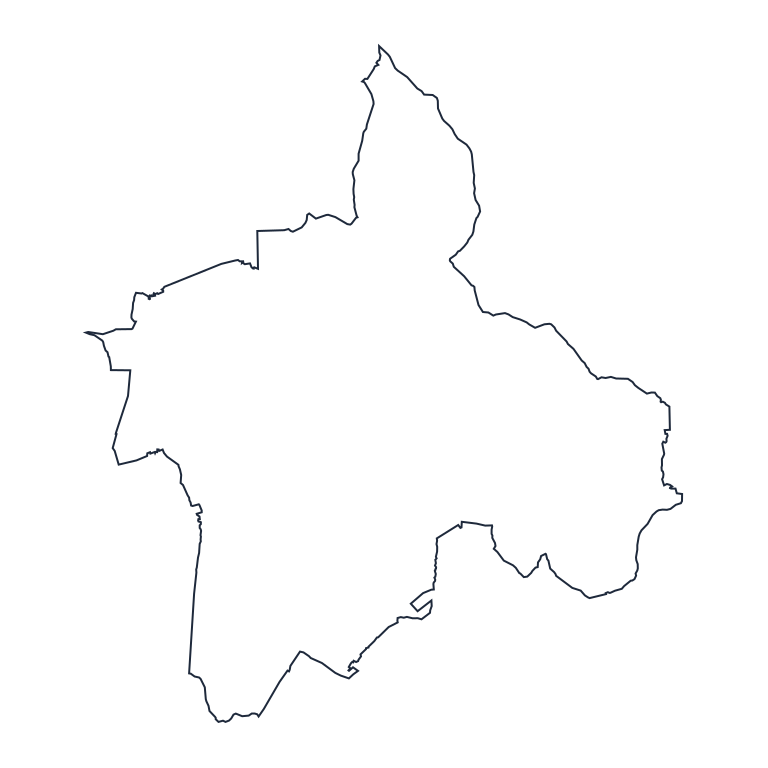 the district of Stanita, Neamt, Romania
{"feature_id": "2599482B66033440846338", "entity_name": "Stanita", "entity_type": "district", "adm_level": 2, "iso_a3": "ROU", "parent_name": "Romania", "parent_adm1": "Neamt", "projection": "orthographic", "projection_center": [27.139, 47.016], "detail": "fine", "context": "isolated", "style": "outline", "palette": "slate", "viewbox_px": 768, "rotation_deg": 0, "n_neighbors": 0, "source": "geoboundaries", "source_scale": "gbopen_adm2", "svg_char_len": 6098}
<svg xmlns="http://www.w3.org/2000/svg" viewBox="0 0 768 768"><path d="M189.1,673.4L190.8,673.7L194.6,676.5L199.1,677.5L200.6,678.9L204.8,687.3L205.8,699.2L206.4,701.3L208.5,705.8L209.5,711.0L215.1,716.9L215.7,717.8L215.7,719.2L218.5,721.9L223.0,720.7L225.5,721.9L229.0,720.6L231.2,718.5L233.5,714.6L235.8,713.6L242.2,716.2L248.7,715.6L251.8,713.5L254.6,713.5L257.2,714.3L258.6,716.5L263.8,709.0L279.6,681.8L287.5,670.6L289.0,671.4L289.7,669.8L290.4,665.9L300.0,651.6L303.5,652.4L309.0,656.2L310.7,658.0L321.9,663.0L335.3,672.9L340.8,675.6L348.9,678.4L353.3,674.3L358.0,670.9L353.0,667.3L349.0,670.8L348.5,670.4L350.4,668.3L348.8,667.0L351.0,663.2L352.3,661.9L353.2,662.3L353.7,660.8L356.1,662.0L358.1,661.1L358.6,659.6L361.0,656.4L360.5,654.4L366.0,649.1L366.0,648.2L368.5,647.5L368.5,646.7L374.3,641.1L376.9,637.5L378.2,637.3L388.7,627.0L397.7,622.4L397.4,620.8L397.6,618.0L400.8,617.1L403.8,617.7L406.9,616.9L412.7,618.3L417.8,618.2L421.5,619.3L430.0,612.8L430.2,610.3L431.7,606.1L431.4,600.5L417.6,611.2L410.8,603.7L423.1,593.1L431.3,589.7L433.8,589.5L433.4,584.0L433.7,582.6L435.1,580.9L435.2,579.5L434.4,577.6L435.3,576.7L435.8,574.0L434.8,570.8L435.4,570.0L435.3,569.3L436.0,568.6L436.1,567.2L435.0,565.6L435.9,563.2L435.3,559.8L436.6,558.4L435.9,556.8L437.1,551.6L437.2,546.8L436.5,544.1L437.1,540.7L436.8,538.4L458.2,525.0L460.4,527.9L461.5,527.4L461.8,521.8L476.5,523.6L485.2,525.6L492.0,525.4L492.2,526.6L491.6,529.6L491.6,533.9L492.4,535.5L492.3,537.9L495.0,543.0L495.5,546.0L493.8,548.8L497.4,552.0L503.8,560.6L513.0,565.3L515.8,567.8L519.3,573.1L520.3,573.5L523.8,577.1L527.3,576.6L531.2,572.9L532.4,570.9L535.5,567.6L537.7,567.1L538.0,562.4L540.2,559.3L541.1,556.0L545.5,553.8L546.0,554.2L547.2,559.2L548.4,560.6L550.2,568.6L554.2,572.2L555.6,574.2L556.1,575.8L572.3,587.9L580.7,590.6L584.9,595.4L588.0,597.4L589.6,598.1L606.0,594.1L605.7,593.1L607.9,592.2L609.4,592.9L610.4,592.8L615.0,590.7L621.8,588.8L624.1,586.1L630.7,580.7L632.4,580.5L634.5,579.1L636.1,575.6L635.6,573.5L637.3,570.5L637.8,568.4L637.7,564.1L636.3,560.2L636.0,557.3L637.3,549.7L637.3,545.1L638.7,536.7L639.7,533.5L641.5,530.3L647.6,523.9L652.6,515.1L656.5,511.5L658.7,510.2L662.6,509.6L667.0,509.8L670.5,508.9L675.8,504.8L680.9,503.2L682.0,501.1L682.1,494.0L676.8,493.3L675.5,488.6L671.2,488.6L670.0,488.1L670.1,487.6L672.1,486.4L670.0,484.9L666.9,484.0L664.1,485.4L662.1,479.2L663.1,477.3L663.5,474.2L662.9,471.5L661.8,470.6L661.5,467.5L662.0,465.3L661.9,459.1L664.0,454.7L664.2,453.6L662.3,443.7L663.3,441.7L665.3,442.7L666.2,442.1L666.6,441.1L666.4,438.8L667.6,435.8L667.1,433.9L665.4,433.9L664.7,430.1L669.9,429.8L669.4,406.6L665.9,404.4L664.9,402.8L662.8,401.7L661.1,402.2L660.6,401.7L660.9,399.8L660.3,398.2L657.3,396.1L654.9,392.6L651.4,392.5L646.9,393.6L638.3,387.9L634.9,385.2L632.6,382.0L627.9,378.8L616.1,378.5L610.9,376.9L605.6,378.0L601.5,377.3L598.1,379.1L597.3,379.0L595.8,376.5L591.0,373.3L589.6,371.7L588.5,368.7L586.6,366.9L584.7,363.1L581.7,360.5L573.5,348.9L567.9,344.0L566.6,341.5L556.1,330.7L554.5,327.5L551.2,324.3L549.4,323.8L544.4,324.3L535.1,327.8L529.2,324.4L526.7,322.4L520.2,319.5L512.7,317.1L508.5,314.4L505.0,313.1L495.9,314.5L493.3,315.6L488.4,312.5L482.9,312.0L478.5,305.0L474.7,290.4L474.4,287.0L473.1,285.8L471.5,285.3L464.1,276.2L453.8,266.8L452.8,263.6L450.2,261.3L449.8,260.2L450.1,258.7L455.8,254.7L458.1,251.4L459.9,250.8L464.2,246.4L467.3,242.5L468.5,239.7L472.3,234.8L473.4,231.5L474.3,224.5L476.4,218.1L477.6,216.9L480.1,211.5L479.1,205.7L475.6,200.0L474.1,193.2L474.9,188.5L473.7,182.9L474.2,175.1L473.5,172.0L471.8,154.3L471.1,151.6L469.4,148.4L466.5,144.6L457.8,138.7L454.7,134.1L452.4,129.3L449.4,125.7L444.1,121.0L442.3,118.6L438.0,108.5L437.8,100.8L436.9,98.0L432.7,95.0L424.1,94.6L421.6,91.1L417.3,88.5L407.2,77.1L397.7,70.6L395.1,68.1L389.8,56.8L388.0,54.5L379.1,46.1L379.3,52.6L380.5,55.4L379.5,60.0L377.7,60.9L376.4,62.8L378.3,64.9L374.8,66.4L373.7,69.1L367.4,78.9L365.0,78.8L362.2,81.5L364.1,82.1L365.0,83.2L371.4,94.1L373.4,101.2L373.6,104.0L366.9,124.5L366.3,128.7L363.8,131.8L363.3,133.2L362.2,140.8L358.6,153.7L358.6,160.7L353.8,168.7L352.7,172.0L352.8,174.1L354.4,180.3L353.4,189.1L353.6,193.9L354.2,197.1L353.8,199.6L354.6,204.9L354.4,207.2L356.6,215.6L357.5,217.3L356.1,217.7L351.5,223.7L350.2,224.6L347.3,224.1L335.4,217.1L328.2,214.8L326.3,215.0L315.9,218.6L309.2,213.5L307.2,214.9L306.7,220.0L305.4,222.9L301.7,227.4L292.9,231.7L290.8,231.0L288.5,229.0L284.2,230.2L257.3,231.0L258.0,268.8L254.2,267.3L253.8,267.6L253.7,268.6L253.0,268.5L251.5,267.2L250.0,263.4L244.8,264.2L243.4,263.3L243.2,261.9L242.0,262.9L242.2,261.3L239.7,261.3L238.0,260.0L235.2,260.5L221.3,263.9L164.4,286.8L163.0,288.8L161.8,289.5L163.2,290.7L163.2,291.8L158.1,294.0L157.2,293.2L155.4,294.1L153.9,293.2L153.4,294.3L154.1,295.1L155.0,295.2L155.1,295.7L151.9,296.3L151.5,295.5L150.7,295.9L149.9,295.4L148.9,296.5L149.9,297.9L149.9,299.0L149.5,299.2L148.7,298.8L148.8,297.7L148.1,296.3L142.4,293.1L141.5,293.5L136.0,292.8L134.3,297.2L134.1,300.1L133.1,302.9L132.7,309.0L131.5,314.6L131.4,317.5L131.8,318.7L134.1,321.4L135.9,321.6L132.5,328.6L131.6,329.1L115.8,329.3L113.4,330.7L102.9,334.2L88.2,332.0L85.9,332.6L89.8,334.2L94.4,335.2L102.3,340.6L103.2,342.1L103.9,345.7L105.6,350.5L107.5,352.2L108.5,356.6L109.2,357.1L110.8,366.3L110.9,370.1L130.3,370.3L128.0,396.0L116.0,432.7L115.7,433.9L116.5,434.1L112.7,448.1L114.7,450.9L118.7,464.6L136.5,460.4L147.1,456.0L147.3,453.3L150.0,452.2L150.4,453.6L154.7,452.0L155.1,453.1L155.6,452.0L157.1,452.1L157.3,449.4L158.7,449.5L159.2,450.9L162.6,449.5L164.0,453.0L167.0,456.6L178.4,464.8L178.6,466.3L179.9,469.3L181.2,475.0L180.6,483.0L183.0,485.0L187.7,495.5L189.1,497.6L189.4,500.3L190.6,502.5L191.1,505.5L192.6,506.0L198.8,504.3L199.5,505.2L201.7,510.5L201.7,512.3L196.7,513.8L197.0,514.8L199.5,516.5L199.8,519.1L198.4,519.1L198.1,520.5L198.5,521.5L200.8,522.1L200.9,522.5L200.8,524.2L199.7,525.3L199.7,528.0L200.7,529.3L201.1,530.9L200.5,535.2L200.9,536.5L200.6,539.4L200.8,541.4L199.7,543.8L199.1,553.0L198.0,557.6L196.8,567.5L196.2,569.5L196.4,572.6L194.1,593.7L189.1,673.4Z" fill="none" stroke="#1e293b" stroke-width="2"/></svg>